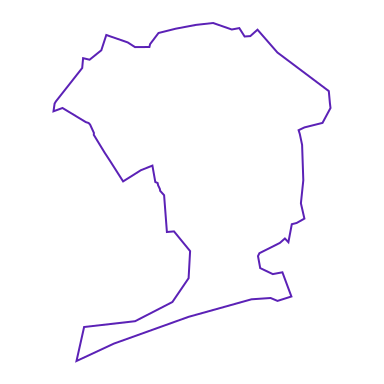 Queens, New York, United States of America (Robinson projection)
{"feature_id": "52423323B86897144494159", "entity_name": "Queens", "entity_type": "district", "adm_level": 2, "iso_a3": "USA", "parent_name": "United States of America", "parent_adm1": "New York", "projection": "robinson", "projection_center": [-73.836, 40.674], "detail": "fine", "context": "isolated", "style": "outline", "palette": "violet", "viewbox_px": 384, "rotation_deg": 0, "n_neighbors": 0, "source": "geoboundaries", "source_scale": "gbopen_adm2", "svg_char_len": 1035}
<svg xmlns="http://www.w3.org/2000/svg" viewBox="0 0 384 384"><path d="M106.3,35.0L101.3,50.3L97.3,53.5L89.6,59.7L83.1,58.2L82.2,68.0L55.9,101.4L54.6,103.6L53.5,111.3L62.5,108.0L85.8,122.1L88.6,123.0L90.1,124.6L93.9,132.9L93.8,134.9L95.0,136.8L95.4,137.5L104.6,152.6L110.1,161.0L123.1,181.4L140.9,170.2L152.4,165.6L155.3,182.0L157.6,183.0L158.1,185.3L159.8,188.8L160.2,190.9L164.1,195.2L166.9,232.0L174.0,231.4L190.1,251.1L188.6,278.2L172.4,302.0L135.1,321.2L84.1,327.0L83.4,330.2L76.5,361.0L113.9,343.6L188.7,316.8L251.5,299.3L270.6,298.0L277.5,300.9L291.4,296.5L282.4,272.3L272.8,274.1L260.2,268.1L258.0,256.1L259.4,253.2L279.9,242.9L284.9,238.5L288.4,242.2L291.8,224.2L296.6,223.0L304.4,218.6L300.9,203.3L303.3,180.3L302.1,144.9L299.8,134.0L298.6,130.2L304.5,127.4L322.5,122.9L330.5,108.0L329.9,103.1L328.8,91.1L277.4,52.5L257.5,29.7L250.3,36.1L244.6,36.5L239.3,28.1L231.8,29.5L213.1,23.0L195.9,24.9L175.7,28.7L158.5,33.0L150.1,44.1L149.4,47.0L135.0,47.1L127.7,42.4L106.3,35.0Z" fill="none" stroke="#5b21b6" stroke-width="2"/></svg>